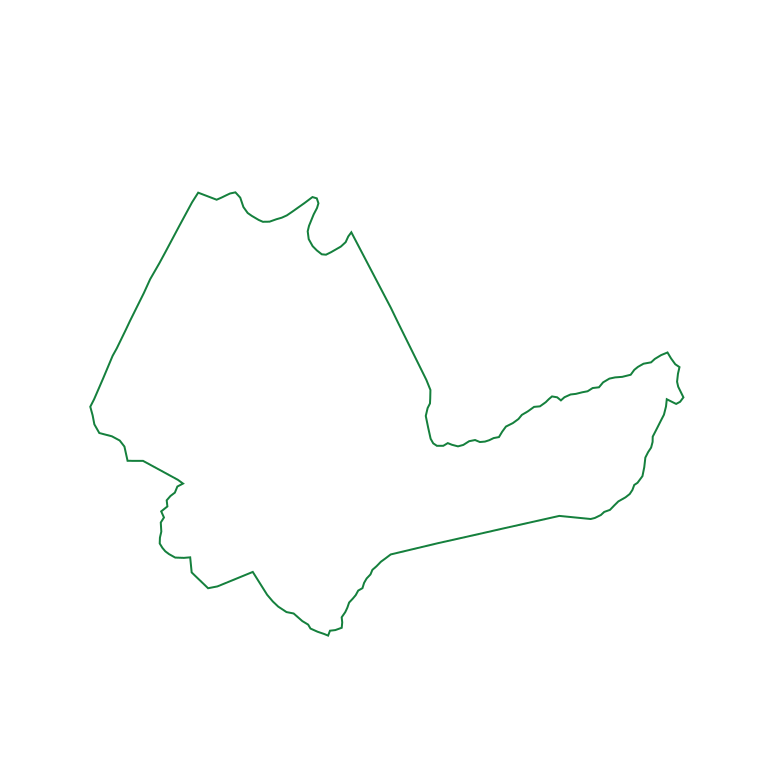 the district of Iporã, Paraná, Brazil, rotated 166°
{"feature_id": "56859067B57368215324073", "entity_name": "Iporã", "entity_type": "district", "adm_level": 2, "iso_a3": "BRA", "parent_name": "Brazil", "parent_adm1": "Paraná", "projection": "albers", "projection_center": [-53.762, -24.059], "detail": "fine", "context": "isolated", "style": "outline", "palette": "green", "viewbox_px": 768, "rotation_deg": 166, "n_neighbors": 0, "source": "geoboundaries", "source_scale": "gbopen_adm2", "svg_char_len": 2630}
<svg xmlns="http://www.w3.org/2000/svg" viewBox="0 0 768 768"><g transform="rotate(166 384 384)"><path d="M96.7,298.6L99.2,310.2L99.1,315.3L96.3,322.8L93.2,328.9L96.6,332.7L99.3,339.4L101.3,346.0L108.1,345.0L115.2,342.8L119.6,340.4L127.3,340.9L133.4,339.2L137.7,337.2L142.4,333.3L151.1,333.3L158.2,334.5L164.0,334.7L171.0,332.6L176.2,328.8L182.5,329.6L188.2,327.7L193.7,328.0L200.2,328.0L205.5,328.7L212.1,327.5L216.3,325.3L219.2,329.2L224.0,331.3L227.8,329.4L231.5,327.2L238.1,324.6L243.9,325.5L251.2,322.6L257.7,320.7L262.0,317.5L268.4,314.9L276.0,313.2L280.9,309.1L285.3,304.7L290.7,305.0L295.5,304.0L300.0,303.7L305.0,304.5L309.2,307.6L315.2,307.9L321.8,305.7L327.3,305.6L332.8,308.6L336.4,311.2L341.4,309.7L347.6,311.2L350.6,314.5L352.0,319.6L351.7,331.2L351.2,342.9L347.5,350.1L344.1,354.0L342.7,358.6L340.4,367.0L341.9,377.7L355.4,439.5L356.9,446.6L358.9,456.2L379.0,539.1L383.0,535.8L386.9,530.9L392.6,527.8L403.5,524.7L409.0,523.5L413.0,524.9L416.8,529.8L419.9,535.0L422.0,542.8L421.1,550.6L418.5,555.6L411.2,565.6L406.4,571.0L403.9,575.2L404.3,580.4L408.2,582.7L416.9,579.0L431.0,573.5L437.5,571.1L443.0,570.1L448.5,569.9L455.8,569.2L462.3,570.7L465.9,573.5L471.6,579.1L474.9,582.9L477.6,589.7L478.4,599.6L481.8,605.9L487.3,606.1L491.8,605.2L496.5,604.2L501.8,603.3L518.0,614.6L526.3,606.7L544.2,587.1L564.2,564.9L572.6,555.7L585.6,542.2L594.9,530.5L615.0,506.9L621.3,499.2L634.7,483.2L640.5,477.0L655.0,457.6L669.0,439.3L674.5,433.0L674.3,424.0L674.8,414.9L672.1,405.3L660.7,399.1L654.1,393.1L651.0,386.1L651.4,371.5L636.4,367.7L607.1,340.8L603.1,336.0L609.3,334.5L613.2,329.2L618.3,327.0L623.0,323.7L623.8,317.6L631.0,314.3L629.8,307.7L634.1,303.6L635.8,294.6L638.6,289.1L640.2,283.5L638.7,278.7L636.7,274.6L633.8,271.0L628.6,266.1L620.2,263.7L614.0,262.7L616.2,247.7L613.6,243.5L604.1,228.4L594.6,227.9L556.8,233.4L548.4,207.8L544.5,199.9L540.5,193.6L533.8,186.3L527.2,183.2L520.6,173.7L515.8,168.9L514.5,164.5L508.4,159.7L502.8,156.1L499.1,153.4L496.1,157.7L490.8,157.0L484.0,157.7L482.2,162.8L481.5,167.9L476.8,172.0L473.7,175.8L470.7,180.4L466.2,183.3L462.5,186.0L459.0,189.8L454.3,191.1L451.4,195.9L447.9,199.5L443.2,202.5L440.2,206.5L435.3,209.0L430.0,212.3L425.3,214.2L418.7,217.0L370.3,216.5L328.4,215.5L303.9,215.0L245.8,213.6L216.1,203.0L211.9,203.0L205.3,204.4L201.3,206.6L195.2,207.2L189.9,210.5L185.0,213.4L177.1,215.6L172.2,217.8L168.6,221.1L165.6,225.5L161.9,226.8L155.5,232.1L151.6,240.3L148.2,249.4L144.2,254.0L140.2,257.7L137.4,262.8L136.0,267.9L130.3,274.4L124.7,280.9L119.8,286.5L115.8,294.0L113.3,300.8L105.4,294.0L101.0,295.1L96.7,298.6Z" fill="none" stroke="#15803d" stroke-width="2"/></g></svg>